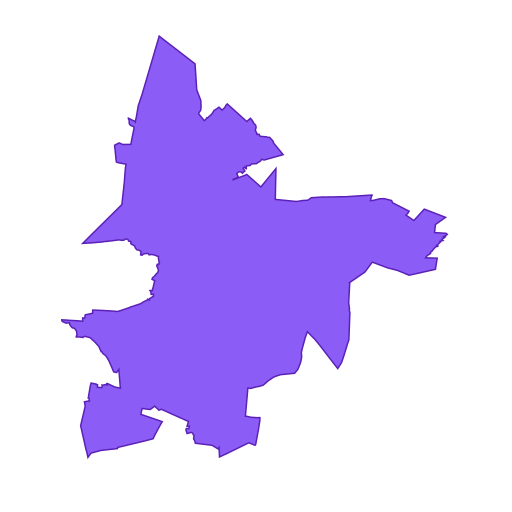 Tequixquiac, México, Mexico, rotated 274°
{"feature_id": "50627088B83518275291231", "entity_name": "Tequixquiac", "entity_type": "district", "adm_level": 2, "iso_a3": "MEX", "parent_name": "Mexico", "parent_adm1": "México", "projection": "orthographic", "projection_center": [-99.144, 19.894], "detail": "fine", "context": "isolated", "style": "filled", "palette": "violet", "viewbox_px": 512, "rotation_deg": 274, "n_neighbors": 0, "source": "geoboundaries", "source_scale": "gbopen_adm2", "svg_char_len": 5996}
<svg xmlns="http://www.w3.org/2000/svg" viewBox="0 0 512 512"><g transform="rotate(274 256 256)"><path d="M67.1,268.2L67.8,268.8L84.6,270.7L92.1,271.3L92.5,271.3L95.0,271.2L95.1,270.3L94.8,269.4L94.8,261.9L95.2,259.5L95.4,258.9L95.4,256.6L123.8,257.1L123.5,260.0L124.5,262.6L125.4,265.3L126.1,268.1L127.6,272.1L130.3,274.9L132.3,276.8L135.6,281.0L136.7,282.5L139.3,288.6L141.7,302.7L144.3,304.5L145.6,305.5L148.0,306.4L152.5,307.8L155.3,308.3L158.8,308.6L162.1,308.1L162.9,308.0L166.9,308.6L177.4,310.7L184.1,312.5L176.8,320.7L171.2,326.0L160.9,335.1L149.4,345.4L155.7,348.8L163.7,350.9L164.5,351.0L172.3,352.9L174.4,353.3L176.3,353.8L177.6,354.1L178.3,354.4L179.2,354.5L206.2,353.6L208.8,352.7L209.7,353.0L215.8,351.7L235.9,351.4L236.0,351.2L247.6,365.8L258.0,372.4L253.3,388.3L251.5,398.1L247.5,410.1L255.2,435.9L266.5,436.9L266.0,425.4L268.3,426.7L270.0,429.0L270.5,429.0L270.7,429.9L272.3,430.1L273.0,431.2L274.5,432.0L277.8,434.8L278.1,436.0L278.4,436.6L278.6,436.8L278.7,436.6L278.0,434.7L283.0,439.1L283.5,438.5L283.8,439.0L284.5,441.4L284.8,441.0L285.6,440.2L287.1,442.3L288.2,443.3L288.3,441.9L290.9,445.3L291.9,444.1L291.8,432.5L299.9,432.8L307.8,442.4L314.5,420.6L302.4,411.0L307.2,402.8L309.6,404.7L311.4,405.6L318.6,388.5L320.8,387.4L322.2,379.8L321.7,375.3L320.0,370.2L319.8,369.7L319.2,366.3L324.9,367.3L321.3,340.6L321.0,335.7L320.6,332.4L319.4,317.5L318.0,307.1L315.3,303.9L314.5,297.9L313.8,295.5L313.2,292.2L313.8,271.3L344.6,269.8L325.2,256.0L336.7,241.1L335.4,238.7L330.5,227.9L330.8,227.9L331.1,228.2L331.8,230.1L332.8,231.5L333.5,232.9L336.9,231.0L338.9,233.0L338.7,235.8L337.6,236.6L340.0,239.0L342.6,237.1L343.9,238.2L342.3,240.2L342.4,240.3L345.2,240.1L345.7,242.8L345.7,243.2L346.0,243.9L347.6,245.1L348.1,249.8L350.1,252.4L350.3,253.0L351.4,254.1L352.8,254.9L352.3,257.4L359.0,276.0L369.9,265.7L371.9,264.9L375.3,261.3L375.2,259.5L375.6,258.1L375.7,252.7L375.9,251.5L377.3,250.8L377.6,250.7L377.5,250.1L377.4,248.3L377.7,248.1L378.3,248.3L379.7,247.6L380.9,246.7L381.4,246.6L382.7,246.8L384.0,247.1L385.1,247.0L386.6,246.4L387.3,245.6L388.7,244.1L389.8,243.7L391.5,242.3L393.0,240.8L389.5,237.4L403.3,219.8L405.7,216.7L404.5,215.7L403.6,215.2L402.1,214.6L401.6,214.3L400.6,213.2L399.1,212.0L401.1,209.7L401.9,208.6L401.5,208.2L399.7,206.1L398.4,204.1L395.2,202.4L394.2,201.7L392.9,200.5L392.3,199.8L390.3,198.1L390.4,197.8L390.3,197.6L390.5,197.4L389.9,197.0L389.7,196.9L389.2,196.6L388.4,196.0L387.8,195.4L387.5,194.9L393.5,189.2L394.2,189.0L394.9,189.0L396.5,190.1L397.7,190.7L401.1,190.8L407.3,190.1L417.6,185.3L443.4,181.8L465.4,148.8L468.6,144.1L408.9,131.0L397.5,128.0L386.8,127.0L383.5,126.5L381.3,126.3L382.0,125.7L383.0,122.8L383.6,121.5L383.8,121.0L384.6,119.1L384.2,119.1L383.8,119.2L383.3,119.5L382.6,119.9L381.8,120.1L380.0,120.2L379.2,120.4L378.5,120.7L377.9,121.4L377.4,122.2L377.1,122.7L376.7,124.5L376.3,124.9L376.1,125.0L375.7,125.5L358.6,123.3L358.3,119.4L358.0,115.7L358.1,114.8L359.0,112.4L359.2,111.9L359.2,111.5L358.8,110.8L357.5,108.6L356.6,107.2L350.5,108.3L346.9,108.9L342.6,109.6L340.0,110.2L339.6,111.3L339.5,111.8L338.5,120.0L335.9,119.7L335.4,119.6L326.4,119.5L320.6,119.5L297.9,118.6L263.7,88.5L256.5,82.3L257.1,86.8L257.3,87.7L257.3,89.0L259.3,101.7L259.8,103.7L260.3,106.7L260.2,106.8L260.5,107.6L260.9,110.1L262.5,117.9L262.3,121.3L262.6,123.2L263.6,124.3L263.9,125.8L263.7,127.0L262.0,127.9L261.8,128.3L262.0,129.4L261.4,130.4L260.1,130.2L259.9,130.2L259.5,130.4L259.2,130.6L258.0,133.5L256.9,134.7L256.0,134.8L254.4,136.1L253.7,137.1L253.9,138.2L252.5,141.0L249.1,140.8L248.8,142.3L250.2,143.5L251.0,147.4L250.9,148.4L249.7,149.3L249.8,150.1L250.1,150.7L250.2,151.6L250.1,153.5L249.4,156.5L248.9,157.3L249.0,158.2L248.8,158.8L246.6,158.8L245.3,159.2L242.5,159.8L242.4,160.1L240.6,159.3L240.9,158.9L240.9,158.1L239.7,157.7L238.9,157.8L236.8,159.0L234.6,159.7L232.7,159.1L230.4,157.1L230.2,157.0L229.0,156.3L228.2,155.5L227.6,154.8L226.8,154.2L225.5,153.9L224.3,156.7L222.2,156.3L217.7,155.6L215.8,155.2L216.2,155.0L214.3,155.1L214.2,153.3L214.1,152.7L213.3,153.4L211.9,153.9L210.4,154.0L210.7,156.4L209.4,156.4L208.8,156.2L208.6,156.4L206.0,152.6L204.8,152.8L204.9,152.3L204.7,151.7L205.3,151.0L204.6,150.7L202.1,146.5L202.0,146.3L200.7,144.7L200.3,144.1L196.2,134.0L195.9,133.7L192.3,125.2L191.0,121.7L191.1,114.9L191.0,110.5L191.0,109.2L191.0,107.5L190.7,96.9L187.5,97.0L185.6,90.5L185.6,90.3L185.4,89.8L185.2,89.7L184.6,89.6L182.2,89.6L182.1,89.0L182.1,87.4L181.4,87.4L180.8,87.5L178.9,87.7L178.9,83.1L178.9,81.8L178.9,79.3L178.8,73.2L178.9,72.0L178.8,68.4L178.8,66.7L177.9,66.8L177.1,67.5L175.7,71.4L176.0,71.8L176.3,74.6L175.5,74.8L174.9,74.8L172.8,76.4L171.5,77.8L171.4,79.4L170.9,80.2L169.6,81.4L169.0,81.9L167.1,82.5L165.1,82.9L163.1,82.3L162.6,82.4L163.0,85.6L162.6,88.9L163.0,89.0L163.9,90.9L163.0,96.1L162.8,96.4L161.1,98.5L159.6,100.4L158.0,102.4L157.7,102.5L155.0,105.4L150.1,108.0L150.3,108.2L150.2,108.4L147.8,110.3L146.5,112.5L144.8,114.1L140.8,116.8L132.7,121.0L130.5,122.1L130.0,125.1L133.2,127.1L114.7,129.9L115.5,124.1L116.4,121.9L118.5,116.5L118.3,116.0L118.1,115.8L117.1,116.3L117.2,115.8L117.1,115.5L117.0,114.0L116.7,112.9L116.5,112.5L116.5,111.7L116.5,111.4L116.0,111.7L114.0,111.4L113.9,107.0L116.5,106.9L116.5,106.3L116.8,106.0L116.8,105.5L117.1,105.4L117.1,105.0L117.8,100.4L114.5,99.7L102.9,98.6L103.1,99.0L99.9,100.0L99.5,99.6L99.8,99.5L98.6,95.0L94.3,96.1L74.5,92.9L50.5,100.1L49.2,100.7L43.4,102.4L47.7,105.1L48.0,105.5L51.3,115.2L54.2,131.2L55.0,131.5L55.4,131.4L59.6,144.8L63.7,157.7L66.5,166.1L68.6,166.9L69.4,167.2L73.8,169.1L81.4,172.6L84.2,174.0L88.5,158.0L89.5,154.0L90.0,152.2L95.9,153.0L95.5,161.2L99.1,165.4L95.4,170.0L96.5,172.2L86.2,200.2L81.4,199.1L81.5,201.5L79.2,201.0L79.1,198.6L77.8,198.2L74.1,199.6L75.5,204.0L74.8,205.2L73.6,205.8L73.0,206.1L72.6,206.5L72.2,206.8L71.7,206.8L70.1,206.4L69.1,206.6L68.5,206.9L68.0,207.5L66.2,208.2L65.0,208.5L64.1,225.4L60.9,231.6L62.4,232.5L53.0,233.6L57.2,241.2L69.2,261.9L67.1,268.2Z" fill="#8b5cf6" stroke="#5b21b6" stroke-width="1.5"/></g></svg>